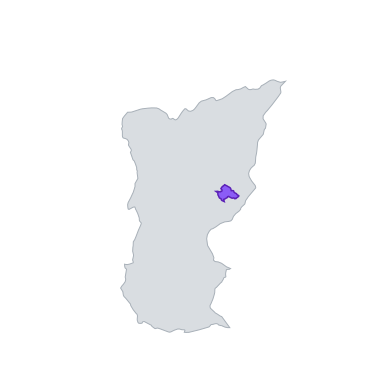 Mingala, Basse-Kotto, Central African Republic (highlighted), rotated 297°
{"feature_id": "33826404B71517620333215", "entity_name": "Mingala", "entity_type": "district", "adm_level": 2, "iso_a3": "CAF", "parent_name": "Central African Republic", "parent_adm1": "Basse-Kotto", "projection": "orthographic", "projection_center": [21.601, 5.165], "detail": "fine", "context": "in_parent", "style": "filled", "palette": "violet", "viewbox_px": 384, "rotation_deg": 297, "n_neighbors": 0, "source": "geoboundaries", "source_scale": "gbopen_adm2", "svg_char_len": 4755}
<svg xmlns="http://www.w3.org/2000/svg" viewBox="0 0 384 384"><g transform="rotate(297 192 192)"><path d="M259.7,147.0L262.9,147.8L263.4,148.8L262.6,152.0L263.2,154.0L265.0,155.7L266.8,156.5L268.6,156.9L274.7,157.9L277.2,159.1L280.6,162.8L284.8,166.2L285.8,168.0L285.6,169.7L284.4,171.7L284.6,172.5L286.6,174.5L288.8,176.6L292.8,178.9L299.9,182.4L303.1,184.8L304.2,186.6L306.0,188.6L308.5,190.3L310.2,191.7L309.1,195.7L309.4,197.0L310.1,198.1L311.5,199.6L312.1,201.6L313.6,204.1L315.3,205.2L318.2,205.6L319.8,206.8L322.9,208.7L326.0,210.4L327.4,211.6L328.2,212.6L328.9,213.8L329.2,215.1L329.3,217.7L329.9,221.1L331.6,223.3L333.1,225.0L326.8,223.1L325.9,223.1L324.8,223.4L321.5,225.8L320.5,226.1L316.4,225.6L306.4,223.8L298.7,222.1L296.4,221.4L292.2,220.8L289.5,222.1L287.0,226.3L286.3,227.2L282.3,228.5L280.4,228.1L275.7,229.3L268.6,227.6L266.0,227.9L264.0,228.8L258.9,230.8L255.8,231.9L252.1,232.9L248.7,234.4L246.4,235.3L244.1,235.3L242.0,234.4L239.8,233.7L237.1,233.5L234.3,234.0L231.9,235.7L231.0,236.9L228.9,240.1L226.5,245.3L225.5,246.3L224.6,246.9L213.4,244.3L208.6,243.7L205.3,244.5L201.2,243.0L199.4,242.8L198.6,243.2L196.3,242.6L192.6,240.8L189.1,240.0L185.9,240.3L183.9,239.7L182.4,238.0L180.3,234.8L176.7,231.6L171.8,229.1L168.8,227.2L167.5,225.9L164.9,225.2L160.9,225.1L157.0,226.3L151.4,230.2L146.2,238.3L143.4,241.3L141.0,242.1L140.5,244.1L141.6,247.1L141.9,250.7L141.0,256.7L141.3,261.1L140.1,260.4L138.9,258.4L138.4,257.9L135.0,258.8L133.2,259.7L132.2,260.5L131.5,260.6L130.4,259.5L129.6,259.3L128.2,259.5L126.9,259.4L126.0,259.3L125.4,259.4L123.8,258.7L117.9,257.0L116.9,256.4L115.8,256.5L112.7,257.9L111.1,258.3L106.3,259.2L101.1,259.6L99.1,259.6L97.7,260.3L96.8,261.2L95.2,266.7L94.8,267.7L94.8,269.1L94.3,273.6L94.5,275.0L88.3,287.2L87.3,285.2L86.6,282.8L86.4,280.0L86.5,279.3L86.1,278.5L85.6,276.2L86.1,274.8L85.7,273.2L84.5,271.7L83.4,270.6L82.8,269.5L82.3,269.1L81.1,268.9L79.5,268.4L72.6,261.1L65.5,252.9L64.1,250.3L63.5,248.8L65.3,248.6L65.7,248.3L65.7,247.6L64.7,245.5L64.2,242.9L63.3,241.3L60.5,238.7L57.9,236.8L57.0,235.8L56.6,234.5L55.6,225.7L55.2,223.2L54.4,222.1L53.8,221.6L53.5,221.0L53.7,219.4L54.0,218.0L54.0,217.5L54.8,216.3L54.9,208.2L54.0,207.0L52.4,207.0L51.6,205.8L50.9,204.3L51.1,203.3L52.7,201.6L53.7,201.0L56.8,199.7L57.6,199.1L58.2,198.3L58.5,197.2L60.4,193.1L63.0,189.0L64.2,188.1L66.9,182.0L67.5,180.5L68.0,178.9L68.9,177.7L71.8,175.6L74.0,172.0L76.4,172.2L78.8,172.8L81.9,173.2L84.3,172.5L85.9,171.1L93.5,168.7L94.0,166.8L95.2,165.8L96.6,164.9L97.1,164.7L97.2,165.4L98.0,167.4L99.7,169.4L102.2,171.7L102.9,171.5L104.5,169.9L108.5,168.9L109.5,168.4L112.3,166.0L115.7,164.5L117.6,163.9L121.0,162.3L123.4,162.6L127.3,162.3L133.8,161.6L138.5,161.4L140.9,161.1L141.4,160.8L142.4,158.4L143.1,157.8L144.9,156.8L148.3,153.3L150.6,150.3L151.3,149.2L151.8,149.0L152.7,147.8L151.8,146.5L147.9,143.8L148.0,143.5L147.8,143.0L148.0,142.7L149.5,141.6L151.5,140.4L153.6,139.9L159.1,140.0L163.8,139.8L164.9,139.8L168.6,139.2L171.1,138.7L173.6,137.4L179.5,137.6L184.3,134.3L185.7,133.8L186.4,133.3L186.5,132.8L188.8,131.5L191.4,128.8L193.4,126.5L193.9,124.8L199.4,119.1L201.3,119.2L202.3,118.5L204.5,114.7L205.1,114.0L207.4,113.3L208.5,112.2L209.4,110.5L209.4,108.4L209.0,106.8L209.0,106.0L209.5,105.2L210.4,104.5L214.5,102.4L215.6,101.5L216.2,100.6L217.4,100.4L218.7,100.5L219.5,99.9L220.4,99.0L223.2,97.8L225.9,96.8L228.7,97.2L233.8,98.4L235.3,101.1L236.0,102.1L242.4,108.5L243.6,110.0L246.7,114.7L248.6,117.8L250.8,122.3L251.1,124.8L250.8,126.9L250.4,132.9L249.8,134.6L247.1,137.8L247.0,139.2L247.6,140.5L248.4,140.9L248.9,141.5L248.6,144.3L249.6,145.4L251.7,146.1L257.0,146.6L259.7,147.0Z" fill="#d9dde1" stroke="#a8b0b8" stroke-width="1"/><path d="M211.0,226.4L212.1,225.4L212.6,224.9L213.0,224.3L213.2,223.4L213.2,221.6L213.2,220.9L213.4,220.1L213.3,219.5L213.2,218.9L213.4,218.1L213.3,217.7L212.2,217.5L211.7,217.0L211.1,217.0L210.4,216.5L208.2,216.2L207.9,216.6L207.7,217.4L207.3,217.9L206.6,218.1L206.0,218.1L205.7,217.6L205.5,217.2L204.9,217.1L204.8,216.8L204.6,216.1L204.2,215.5L204.4,214.9L204.2,214.4L203.8,213.8L203.4,213.1L203.3,213.8L203.1,215.3L202.9,215.5L202.2,215.8L201.4,216.3L200.9,216.8L200.4,217.6L199.9,218.1L199.1,219.3L199.2,220.2L199.1,221.0L198.2,221.9L198.0,222.5L198.1,225.1L199.8,223.6L200.7,224.5L201.3,224.7L201.8,225.1L203.3,226.1L203.9,225.8L204.6,226.4L204.7,226.8L204.6,228.2L204.6,230.1L205.0,231.1L205.6,231.7L205.7,232.1L205.6,232.5L205.4,232.9L205.6,233.3L206.0,233.4L206.2,233.7L206.1,234.1L206.8,234.4L207.3,234.5L207.8,234.9L208.5,235.2L209.3,235.5L209.8,235.5L210.0,235.0L209.9,234.8L209.9,234.5L210.1,234.2L210.1,233.8L210.1,233.3L210.7,232.4L210.7,230.4L210.8,229.8L211.9,228.5L211.9,228.0L211.3,226.9L211.0,226.4Z" fill="#8b5cf6" stroke="#5b21b6" stroke-width="1.5"/></g></svg>